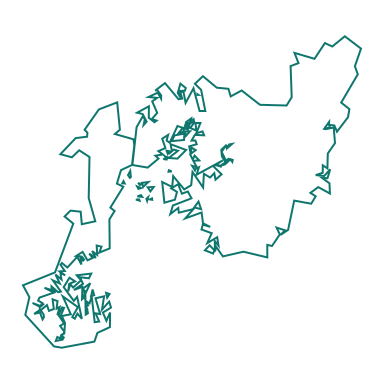 Colón, Colón, Panama
{"feature_id": "35544464B72276923440034", "entity_name": "Colón", "entity_type": "district", "adm_level": 2, "iso_a3": "PAN", "parent_name": "Panama", "parent_adm1": "Colón", "projection": "mercator", "projection_center": [-79.891, 9.223], "detail": "fine", "context": "isolated", "style": "outline", "palette": "teal", "viewbox_px": 384, "rotation_deg": 0, "n_neighbors": 0, "source": "geoboundaries", "source_scale": "gbopen_adm2", "svg_char_len": 5938}
<svg xmlns="http://www.w3.org/2000/svg" viewBox="0 0 384 384"><path d="M202.9,76.2L194.9,83.8L201.1,89.8L205.3,111.0L199.6,111.0L193.5,88.3L185.6,102.9L183.5,91.8L180.2,91.9L182.2,98.6L178.5,99.2L165.0,83.1L155.2,90.6L157.4,90.2L161.2,95.4L161.1,98.7L157.7,92.7L148.5,97.0L157.2,97.9L152.2,101.3L157.2,112.9L151.8,119.1L156.6,120.6L154.5,122.2L148.8,117.8L148.9,106.3L137.1,112.7L142.6,114.0L146.6,121.6L143.6,125.1L144.8,119.2L142.8,116.3L136.6,127.1L132.4,165.0L147.7,167.6L158.5,158.6L155.4,155.7L162.8,154.5L158.4,151.1L165.4,148.0L162.2,138.7L168.1,134.9L166.6,140.6L169.7,142.7L177.5,126.0L182.8,127.8L178.7,133.0L183.2,131.9L186.2,122.0L191.0,118.6L190.3,121.0L193.6,119.1L194.1,121.7L187.1,123.2L186.9,125.5L192.4,122.1L194.3,122.6L190.2,128.0L196.1,130.4L195.6,123.0L200.4,123.0L196.2,133.3L202.5,131.4L204.1,135.3L194.8,134.9L191.6,140.6L195.4,140.5L196.7,144.2L189.2,146.4L190.6,153.4L191.6,147.7L195.7,150.1L190.1,154.3L192.7,159.6L194.6,155.6L199.2,160.4L193.3,160.8L196.9,167.3L192.1,165.8L195.0,170.5L195.5,169.1L198.9,167.3L196.6,174.7L222.8,160.4L215.9,164.7L220.1,165.7L222.9,164.9L225.6,163.6L226.1,161.8L224.6,159.6L225.7,162.1L225.4,163.2L224.3,164.2L221.1,165.2L225.5,162.4L221.9,156.3L221.3,149.8L225.8,145.6L226.3,145.5L226.6,145.8L226.9,148.1L229.2,144.4L232.1,143.9L227.0,148.3L225.8,145.7L221.6,151.8L226.4,161.5L226.4,160.4L228.6,158.8L232.7,159.9L232.3,161.9L230.3,159.4L225.1,164.3L219.6,166.0L221.8,166.9L215.5,165.0L213.4,166.3L221.6,174.3L215.5,179.7L214.3,173.2L210.1,177.5L203.9,173.8L203.1,187.5L192.5,172.0L191.2,185.2L184.2,189.4L173.2,176.1L172.2,187.0L162.2,182.0L164.4,202.7L174.9,199.7L177.0,191.9L171.2,188.4L178.1,184.2L181.9,193.7L187.8,191.5L191.5,198.3L172.9,205.5L170.3,214.1L178.3,207.9L178.8,212.7L192.9,209.2L198.5,201.6L201.1,209.2L194.8,207.5L185.3,218.4L201.6,212.5L203.0,223.3L210.2,226.9L202.8,224.6L201.5,229.5L211.7,233.2L207.3,243.1L217.2,237.2L218.5,245.7L214.8,241.1L214.9,251.6L216.2,246.9L222.9,256.4L243.4,251.7L267.3,257.4L267.3,244.9L272.0,246.0L279.8,234.4L276.6,227.6L285.1,230.3L280.4,235.0L288.1,229.9L294.2,200.6L311.2,203.7L315.7,196.3L310.4,192.9L318.2,187.1L329.9,193.5L329.5,183.3L322.2,178.0L327.5,178.2L330.2,169.3L324.2,176.0L315.7,175.1L322.7,172.8L322.8,165.3L327.4,168.4L327.8,153.5L335.0,143.1L333.7,127.5L328.4,128.6L330.6,126.6L327.0,128.3L324.7,129.0L324.1,128.9L329.1,121.9L329.0,124.9L334.3,125.4L337.0,131.7L348.0,117.2L349.4,109.1L341.2,102.6L357.8,74.3L354.9,66.3L361.0,48.6L344.8,36.3L332.3,46.5L324.9,43.1L314.5,58.8L294.5,52.9L298.5,63.1L290.6,66.1L291.7,97.2L286.6,105.5L260.0,104.8L241.7,90.5L230.7,96.4L228.4,88.8L216.8,87.7L202.9,76.2ZM25.3,314.9L54.0,346.4L61.7,347.7L94.4,341.6L97.4,332.9L109.9,327.1L110.1,312.5L106.4,320.8L102.9,312.5L111.0,307.6L109.2,301.6L102.0,309.6L104.1,296.3L95.5,298.3L100.1,314.1L95.5,313.3L99.2,321.5L94.7,322.2L91.7,296.5L89.5,303.4L86.0,301.1L88.1,305.5L85.7,306.6L87.1,308.5L87.9,313.3L85.7,314.6L85.3,291.6L83.7,290.6L84.7,292.9L83.6,297.8L82.0,299.3L82.4,286.8L73.9,290.0L83.0,283.8L79.9,277.2L88.9,278.3L91.2,273.6L76.7,275.3L81.1,280.3L73.1,287.5L70.3,284.2L68.2,291.3L69.2,283.9L75.1,281.4L69.5,277.7L63.7,287.1L73.8,300.9L77.1,296.8L81.9,318.8L77.4,313.6L74.8,318.7L72.3,317.1L77.9,307.1L62.8,296.4L70.8,314.3L61.9,316.0L65.0,323.1L64.3,333.5L61.5,335.1L63.7,337.6L62.6,339.6L55.8,341.0L57.3,337.0L62.4,339.6L63.5,337.7L60.4,337.4L61.4,334.9L63.9,333.5L64.2,331.5L60.1,325.9L64.1,323.4L58.9,315.7L60.7,315.8L64.0,307.9L62.1,307.4L59.1,313.8L57.7,313.9L59.6,307.0L56.6,308.6L57.5,301.1L52.6,299.3L53.8,309.0L49.0,310.9L47.0,305.1L40.7,310.2L43.6,314.6L44.0,317.0L42.6,319.4L39.9,312.5L34.1,313.9L39.9,310.0L39.6,306.6L32.5,303.0L41.2,306.3L43.2,304.4L42.1,304.1L41.2,305.6L40.9,305.8L40.7,305.7L42.3,303.0L38.1,300.6L39.5,297.6L53.9,292.6L44.5,287.8L56.0,291.4L51.7,289.5L51.5,286.4L58.1,292.2L60.9,291.6L52.9,280.4L59.8,283.5L55.5,274.5L61.5,279.5L60.4,272.8L65.2,275.4L59.6,271.4L64.8,271.0L60.5,264.8L61.9,263.0L67.4,267.5L77.2,256.9L81.4,264.5L80.5,257.9L83.0,260.7L84.1,259.6L81.9,256.6L76.2,256.0L82.6,251.9L87.5,260.3L92.6,258.0L89.2,253.6L95.8,257.9L92.1,251.1L97.2,254.9L96.7,245.5L101.5,246.7L99.3,252.6L109.7,248.4L109.4,219.4L114.6,211.0L110.4,207.6L123.3,186.7L116.9,183.6L121.0,170.1L132.0,165.0L134.3,145.5L133.5,139.3L114.9,134.0L119.9,129.8L117.2,102.4L98.9,109.4L84.6,129.8L87.4,132.6L87.1,136.7L75.7,138.1L60.4,154.2L71.9,157.3L79.2,150.3L89.5,157.0L88.7,198.0L95.3,221.3L81.8,224.2L80.7,211.7L70.5,210.6L64.6,216.5L73.3,223.6L55.0,272.4L23.0,285.3L29.4,297.2L25.3,314.9ZM186.1,150.0L170.6,144.2L171.9,151.1L168.7,154.0L173.8,149.6L177.9,150.8L168.8,158.0L177.5,158.6L186.1,150.0ZM184.4,133.6L174.6,135.4L171.7,141.1L184.0,140.0L184.4,133.6ZM209.6,245.3L204.9,250.3L213.1,253.5L214.4,250.2L209.6,245.3ZM180.4,83.7L178.3,91.0L184.9,90.7L185.8,88.0L180.4,83.7ZM90.3,283.2L82.6,288.9L86.1,292.1L90.3,283.2ZM148.4,182.0L142.0,182.8L143.2,186.8L148.4,182.0ZM153.7,187.0L147.7,187.3L150.4,191.4L153.7,187.0ZM190.0,131.3L185.0,131.5L186.0,135.8L190.0,131.3ZM140.9,195.1L137.4,196.4L142.2,196.9L140.9,195.1ZM141.2,188.0L137.1,186.4L138.4,188.9L141.2,188.0ZM94.2,295.2L92.6,289.5L91.1,296.1L94.2,295.2ZM130.2,171.0L128.0,175.1L129.9,177.9L130.9,177.0L130.2,171.0ZM109.5,294.0L106.1,292.8L107.2,297.7L109.5,294.0ZM167.6,157.2L164.9,156.3L166.9,159.0L167.6,157.2ZM171.7,171.5L168.9,170.2L168.5,171.7L171.7,171.5ZM187.9,129.4L188.8,126.6L185.5,128.8L187.9,129.4ZM124.7,183.5L123.5,181.1L122.3,183.3L124.7,183.5ZM141.3,184.3L138.1,182.9L140.0,185.0L141.3,184.3ZM139.1,199.4L135.9,199.6L139.6,200.7L139.1,199.4ZM169.5,151.3L166.6,150.7L167.8,153.9L169.5,151.3ZM147.1,200.9L148.1,197.2L146.4,198.8L147.1,200.9ZM165.9,158.9L163.2,158.7L165.5,159.5L165.9,158.9ZM179.1,95.5L178.6,92.2L177.8,92.9L179.1,95.5ZM152.0,198.4L149.8,199.4L152.2,199.8L152.0,198.4ZM179.7,96.5L180.8,97.4L180.0,96.0L179.7,96.5ZM197.4,94.9L198.5,94.9L197.4,94.1L197.4,94.9Z" fill="none" stroke="#0f766e" stroke-width="2"/></svg>